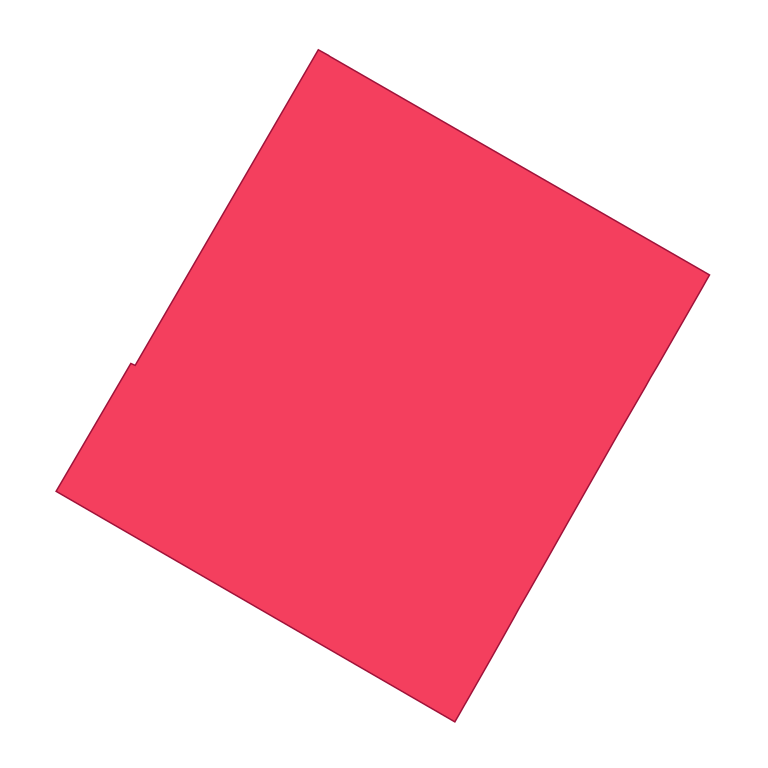 outline of Prowers, Colorado, United States of America, rotated 30°
{"feature_id": "52423323B94431049458493", "entity_name": "Prowers", "entity_type": "district", "adm_level": 2, "iso_a3": "USA", "parent_name": "United States of America", "parent_adm1": "Colorado", "projection": "orthographic", "projection_center": [-102.223, 37.956], "detail": "fine", "context": "isolated", "style": "filled", "palette": "rose", "viewbox_px": 768, "rotation_deg": 30, "n_neighbors": 0, "source": "geoboundaries", "source_scale": "gbopen_adm2", "svg_char_len": 494}
<svg xmlns="http://www.w3.org/2000/svg" viewBox="0 0 768 768"><g transform="rotate(30 384 384)"><path d="M160.0,127.4L159.2,492.3L154.5,492.8L153.7,640.9L614.3,641.2L614.3,632.8L614.2,623.6L614.2,611.5L614.0,575.7L613.9,563.6L613.7,545.8L613.4,522.2L613.1,510.0L613.1,493.1L612.9,457.0L612.4,409.0L612.4,407.4L611.7,310.7L611.8,255.1L611.6,245.2L611.8,231.4L611.5,142.2L611.4,132.0L611.4,126.8L173.1,127.4L172.0,127.2L160.0,127.4Z" fill="#f43f5e" stroke="#9f1239" stroke-width="1.5"/></g></svg>